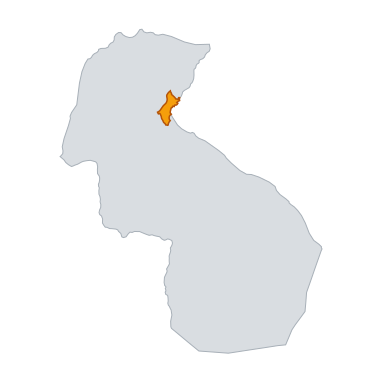 Central highlighted on a map of Paraguay, rotated 185°
{"feature_id": "PRY-607", "entity_name": "Central", "entity_type": "Department", "adm_level": 1, "iso_a3": "PRY", "parent_name": "Paraguay", "parent_adm1": "", "projection": "natural_earth1", "projection_center": [-57.553, -25.559], "detail": "fine", "context": "in_parent", "style": "filled", "palette": "amber", "viewbox_px": 384, "rotation_deg": 185, "n_neighbors": 0, "source": "natural_earth", "source_scale": "10m", "svg_char_len": 4714}
<svg xmlns="http://www.w3.org/2000/svg" viewBox="0 0 384 384"><g transform="rotate(185 192 192)"><path d="M201.3,67.7L202.0,70.4L202.5,72.6L203.5,74.1L204.6,76.1L205.7,77.2L206.4,79.1L206.2,81.3L206.6,84.1L207.1,86.5L207.7,87.1L209.2,87.7L210.0,89.9L209.4,91.0L209.6,92.3L210.2,93.5L209.7,94.7L209.9,95.6L211.0,96.4L211.9,99.4L212.0,104.6L211.0,107.4L210.1,109.7L209.9,111.1L210.6,113.1L209.5,115.5L208.2,118.4L208.6,120.4L208.8,122.3L208.9,124.3L209.2,126.2L208.8,128.2L208.3,130.0L208.1,132.0L208.7,134.3L207.7,136.4L207.2,137.9L207.0,139.5L207.9,141.9L210.4,142.9L212.3,143.1L214.1,141.9L215.5,141.5L218.0,142.6L220.3,144.6L223.3,144.9L226.0,145.3L228.0,145.9L230.9,145.1L234.0,145.9L237.6,147.0L240.6,148.0L243.5,147.8L245.8,147.7L248.1,146.5L250.3,146.6L252.0,144.6L253.0,142.9L253.8,141.6L256.3,140.6L258.0,141.2L259.3,144.5L261.8,146.4L262.7,147.8L264.5,148.4L268.4,148.5L270.9,148.4L273.6,149.4L275.4,149.4L277.0,151.2L278.5,153.3L278.7,157.3L280.1,160.3L281.9,161.4L282.8,163.3L282.5,166.0L281.6,168.6L281.7,171.5L282.7,174.2L282.6,176.8L283.3,179.5L284.5,181.7L284.9,185.4L284.7,188.1L285.6,189.6L285.9,191.7L285.3,193.5L285.1,195.9L285.2,198.0L285.8,199.8L287.7,202.1L288.2,206.1L288.2,208.9L289.1,212.2L290.6,213.7L293.2,214.2L296.1,214.7L299.7,214.0L302.9,213.1L304.7,212.2L308.2,209.8L311.3,208.4L312.8,207.5L314.3,206.9L317.4,208.4L320.2,210.3L322.4,212.9L326.5,215.8L325.7,216.6L324.1,218.9L324.1,221.7L325.2,225.7L324.1,234.2L320.9,247.2L319.5,254.7L320.1,256.9L318.9,260.7L314.4,268.8L314.2,274.3L313.6,290.7L312.1,302.3L309.6,310.8L307.3,315.4L305.3,315.9L303.9,317.3L303.0,319.5L301.3,321.3L298.9,322.7L297.6,324.3L297.4,326.0L295.1,327.1L290.8,327.6L288.2,329.0L287.4,331.3L286.0,333.1L283.8,334.4L282.8,336.6L282.9,339.7L281.6,342.3L279.0,344.5L276.6,344.6L274.4,342.5L271.5,341.1L267.9,340.4L264.8,341.0L262.3,342.7L260.2,345.4L258.2,349.2L256.1,349.8L253.8,347.3L250.9,346.6L247.3,347.5L244.5,347.2L242.4,345.5L239.2,345.3L234.8,346.6L226.0,345.1L212.6,340.8L201.4,339.1L187.6,340.7L186.4,336.2L187.1,333.7L189.3,331.9L190.7,329.8L191.3,327.5L192.9,325.7L195.4,324.5L196.5,323.2L196.1,322.0L196.6,320.9L198.1,319.9L198.9,318.4L199.1,316.3L199.6,315.3L200.6,314.5L200.7,313.1L200.2,308.7L200.2,305.0L200.9,302.2L201.7,300.5L202.4,300.1L202.9,299.0L203.1,297.3L204.0,295.7L208.5,292.5L210.1,290.7L210.3,289.1L210.9,286.9L213.6,282.2L214.4,280.0L214.4,278.9L215.4,277.7L218.5,275.1L220.3,272.7L220.5,270.3L219.8,267.7L218.0,264.8L212.3,257.5L207.9,254.1L202.3,251.4L198.6,250.5L196.8,251.4L195.0,250.7L193.1,248.2L190.1,246.2L183.5,244.1L168.8,235.5L162.8,231.4L160.8,228.8L155.3,224.2L146.2,217.6L139.2,214.4L134.4,214.6L126.6,212.7L115.9,208.6L109.7,204.7L108.0,200.9L104.1,197.1L97.8,193.3L94.5,190.8L94.3,189.6L92.4,188.1L88.9,186.1L85.1,182.8L80.9,178.1L76.4,170.9L71.6,161.1L66.5,154.4L61.0,151.0L58.3,148.8L58.3,147.7L57.5,146.6L58.2,144.7L60.1,137.3L62.9,126.4L65.7,115.2L69.1,102.0L69.0,92.7L69.0,82.8L73.9,74.7L77.4,69.0L80.4,63.5L83.4,54.1L85.4,47.9L93.3,46.4L106.7,43.1L113.4,41.5L127.4,38.1L141.7,34.6L156.8,34.4L171.3,34.2L182.6,41.9L191.2,47.9L200.6,54.4L201.3,55.8L202.0,61.3L201.3,67.7Z" fill="#d9dde1" stroke="#a8b0b8" stroke-width="1"/><path d="M218.1,275.8L218.6,275.8L218.8,275.5L219.0,274.6L219.3,274.4L219.8,274.2L220.1,273.8L220.3,273.1L220.7,269.8L220.7,269.2L220.5,268.7L220.0,268.2L219.4,267.7L220.2,266.9L221.0,265.9L221.3,264.4L221.1,263.0L220.7,262.0L219.9,261.2L220.3,260.7L220.8,259.9L221.2,259.0L221.5,257.9L221.6,256.9L221.8,256.4L222.2,256.3L223.1,256.5L224.0,256.5L224.7,257.7L224.8,257.8L226.1,258.7L226.4,259.0L227.4,260.9L228.3,262.0L228.7,262.7L228.9,263.2L229.0,263.7L229.2,264.5L230.3,266.7L230.6,267.1L230.8,267.3L231.0,267.4L231.4,267.4L231.6,267.3L231.8,267.0L231.9,266.9L232.1,266.9L232.3,266.9L232.6,267.3L233.3,268.5L232.0,269.4L231.1,270.3L230.9,270.6L228.2,275.3L227.1,276.6L226.0,277.8L225.6,278.4L225.3,279.1L224.9,280.4L224.8,281.6L224.8,282.4L225.5,285.0L225.6,285.7L225.5,286.5L224.6,288.3L223.9,289.3L222.4,290.9L222.0,289.8L221.2,288.7L221.0,288.3L220.9,287.9L220.9,287.5L220.8,287.3L220.6,287.1L220.0,286.8L219.7,286.6L218.8,285.8L218.1,285.3L217.4,284.7L216.9,284.2L216.5,283.5L216.3,283.3L216.1,283.2L215.9,283.2L215.2,283.4L214.8,283.3L214.1,283.1L213.8,283.1L213.7,283.2L213.6,283.4L213.6,283.7L213.6,284.3L213.6,284.6L213.6,284.8L213.4,284.9L213.2,285.0L212.5,284.8L212.4,284.7L212.6,284.5L212.9,284.0L212.5,282.7L212.3,282.0L212.8,281.7L213.4,281.4L214.0,280.9L214.6,280.3L214.9,279.8L214.5,279.7L214.2,279.6L214.0,279.4L213.8,279.1L214.5,277.9L214.9,277.5L215.5,277.2L215.9,277.2L216.2,277.2L216.5,277.2L216.8,277.0L217.0,276.7L217.1,275.8L217.2,275.6L218.1,275.8Z" fill="#f59e0b" stroke="#b45309" stroke-width="1.5"/></g></svg>